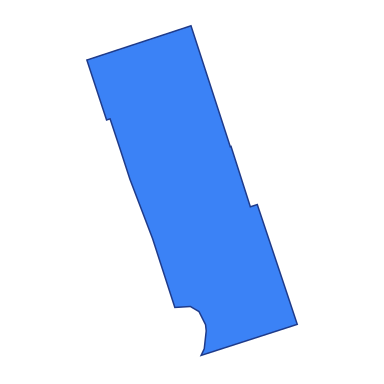 Clearwater, Minnesota, United States of America, rotated 162°
{"feature_id": "52423323B62368100165571", "entity_name": "Clearwater", "entity_type": "district", "adm_level": 2, "iso_a3": "USA", "parent_name": "United States of America", "parent_adm1": "Minnesota", "projection": "natural_earth1", "projection_center": [-95.349, 47.586], "detail": "fine", "context": "isolated", "style": "filled", "palette": "blue", "viewbox_px": 384, "rotation_deg": 162, "n_neighbors": 0, "source": "geoboundaries", "source_scale": "gbopen_adm2", "svg_char_len": 414}
<svg xmlns="http://www.w3.org/2000/svg" viewBox="0 0 384 384"><g transform="rotate(162 192 192)"><path d="M141.6,350.4L251.2,350.0L251.0,286.9L247.3,286.9L247.1,255.0L247.1,223.4L243.9,160.0L244.0,87.5L228.9,83.6L222.3,76.1L220.1,61.6L221.4,55.5L228.8,39.1L233.8,33.8L132.8,33.6L133.0,65.1L133.8,159.9L141.1,159.9L140.8,223.3L141.6,223.2L141.6,350.4Z" fill="#3b82f6" stroke="#1e3a8a" stroke-width="1.5"/></g></svg>